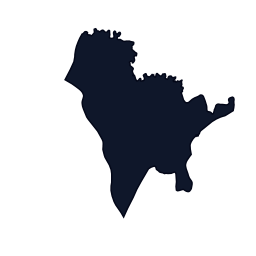 the district of Xebangfay, Khammouan, Laos, rotated 208°
{"feature_id": "54806243B47827681100424", "entity_name": "Xebangfay", "entity_type": "district", "adm_level": 2, "iso_a3": "LAO", "parent_name": "Laos", "parent_adm1": "Khammouan", "projection": "equal_earth", "projection_center": [105.132, 17.21], "detail": "fine", "context": "isolated", "style": "filled", "palette": "ink", "viewbox_px": 256, "rotation_deg": 208, "n_neighbors": 0, "source": "geoboundaries", "source_scale": "gbopen_adm2", "svg_char_len": 5919}
<svg xmlns="http://www.w3.org/2000/svg" viewBox="0 0 256 256"><g transform="rotate(208 128 128)"><path d="M212.6,189.4L212.7,184.8L212.4,180.7L211.8,176.0L210.9,172.3L209.5,168.3L208.4,166.0L206.8,161.1L206.3,152.6L206.2,141.1L198.2,140.8L193.5,140.2L189.2,139.5L187.1,139.0L184.8,138.0L183.5,137.0L182.3,135.8L181.8,134.5L180.9,130.2L180.3,128.7L179.2,127.1L178.2,125.8L176.1,123.8L169.6,118.4L167.2,117.1L153.3,111.0L145.3,105.8L143.6,104.3L142.4,102.4L141.7,100.9L141.1,99.7L140.5,98.3L139.9,97.1L136.1,92.9L134.4,91.3L127.0,86.6L123.3,83.3L120.9,80.0L118.9,76.3L116.8,72.3L115.7,69.0L113.6,64.9L110.1,60.6L107.4,58.1L105.7,56.5L102.5,54.3L94.2,50.0L90.1,47.4L90.7,57.0L90.9,69.1L91.5,78.0L91.4,86.5L90.8,101.6L89.3,104.2L86.9,106.8L85.2,106.7L83.4,104.8L81.0,104.5L79.5,104.0L77.8,104.3L76.3,104.8L74.4,104.9L73.2,105.9L71.4,106.6L68.6,108.3L66.2,111.1L64.9,110.7L64.3,110.3L63.7,109.4L59.9,103.3L58.1,98.9L56.1,95.9L55.0,95.8L53.9,96.5L51.1,99.2L50.3,99.8L49.6,99.8L47.9,99.6L46.9,99.6L45.8,99.8L44.8,100.2L44.2,100.8L43.9,101.7L43.7,103.1L43.7,104.2L44.6,107.1L45.1,108.5L45.8,109.8L46.8,110.7L50.4,112.6L52.3,114.2L53.6,115.6L57.6,119.3L59.5,121.6L60.2,123.1L60.7,125.4L60.7,127.3L60.2,132.0L59.8,134.3L63.1,138.5L64.7,141.1L65.2,142.0L65.5,142.9L65.7,144.3L65.8,145.8L65.6,148.6L65.3,150.1L64.7,152.1L64.4,152.4L64.0,152.5L63.8,152.9L64.0,153.1L64.2,153.5L63.8,153.4L63.6,153.5L63.6,154.3L63.3,154.3L63.1,153.7L62.7,153.6L62.4,153.9L62.4,154.3L62.6,154.5L62.7,154.8L62.8,155.4L62.4,156.1L62.4,156.6L62.7,158.1L62.7,158.9L62.5,159.9L56.9,173.1L54.3,177.5L51.6,181.0L49.7,183.0L48.3,184.3L47.8,185.0L43.3,192.7L43.6,193.5L44.1,195.3L45.3,198.3L45.9,199.1L47.0,200.9L47.6,202.5L47.9,203.1L48.5,203.8L49.0,204.2L49.5,204.3L50.2,204.3L50.8,203.8L52.0,202.5L52.5,201.6L52.6,200.8L52.3,200.0L52.0,199.6L51.1,198.8L50.7,198.3L50.5,197.9L50.4,197.2L50.5,196.2L51.4,195.0L51.9,194.6L52.3,194.4L55.9,193.0L57.8,192.0L59.0,191.7L60.0,191.1L60.3,190.7L60.6,190.3L60.9,189.1L60.6,187.8L60.3,185.7L60.3,184.7L60.2,184.3L60.0,184.1L59.8,182.8L59.6,182.1L59.5,180.8L59.6,180.3L59.9,180.0L60.2,180.0L61.3,180.3L62.0,180.6L63.0,180.6L65.5,179.9L66.0,180.1L66.3,180.3L67.2,181.4L68.3,183.4L69.1,184.5L73.0,188.4L75.9,190.9L76.4,191.3L77.0,191.5L77.8,191.7L78.4,191.6L79.5,191.1L79.9,190.5L80.7,188.9L83.2,185.9L84.7,183.5L86.3,179.3L86.7,178.8L87.0,178.4L87.8,177.9L88.6,177.6L88.9,177.5L89.9,177.7L90.8,178.1L92.2,178.8L92.6,179.2L97.0,183.6L97.8,184.1L97.1,185.7L97.4,186.3L97.9,187.0L97.9,188.8L98.0,189.1L98.1,189.3L98.8,189.7L100.4,189.4L100.8,189.6L100.8,189.9L100.8,191.2L100.9,191.6L101.3,192.2L102.4,193.7L102.6,194.3L102.7,195.4L102.8,195.5L103.2,195.3L103.4,194.9L103.9,193.7L104.1,193.5L105.1,193.0L106.4,192.7L106.5,191.8L106.8,191.3L106.9,191.1L107.1,191.0L107.3,191.1L108.0,191.5L108.3,191.6L108.5,191.5L109.1,190.4L109.5,190.4L110.1,190.7L110.3,191.0L109.5,193.6L109.4,194.1L109.7,195.0L109.9,195.3L110.2,195.2L111.1,194.2L112.0,193.5L112.3,193.4L112.9,193.4L113.1,193.5L113.9,194.0L114.4,194.0L114.9,193.8L115.8,193.1L116.1,192.7L116.2,192.3L116.2,191.6L115.9,190.2L116.0,189.6L116.3,189.3L116.8,189.3L117.4,189.4L118.2,189.3L118.5,189.4L118.8,189.8L119.0,191.4L120.4,193.1L120.6,193.2L120.9,193.2L121.0,193.1L121.7,192.4L122.4,192.2L122.6,191.8L122.7,190.0L123.0,189.6L123.5,189.2L124.2,189.0L125.2,189.2L126.5,189.4L127.5,189.8L128.0,189.7L128.3,189.1L128.2,188.4L127.6,186.3L127.7,185.8L128.1,185.6L128.5,185.5L129.0,185.7L129.8,186.3L130.3,186.9L130.7,185.9L130.9,185.8L131.1,185.9L131.4,186.5L131.7,186.6L131.8,186.6L132.4,184.3L132.7,183.7L133.1,183.2L133.4,183.0L134.1,182.8L135.4,182.7L135.8,182.8L136.3,183.1L137.3,184.2L137.5,184.2L137.9,184.2L138.2,183.9L138.8,182.9L139.0,182.3L139.1,181.8L138.9,181.5L137.3,180.2L136.6,179.3L136.5,179.0L136.3,178.5L136.4,177.8L136.5,177.2L138.3,175.6L138.6,175.5L138.8,175.5L139.0,175.6L139.4,176.8L139.8,177.3L140.2,177.5L140.6,177.3L140.9,176.8L141.0,175.7L141.7,173.9L142.1,173.7L142.7,173.8L144.1,174.6L146.5,177.0L146.9,177.3L147.3,177.4L147.9,176.6L148.2,176.6L148.2,176.8L148.3,177.7L148.3,177.9L149.3,178.5L150.9,180.2L151.1,180.7L151.1,182.3L151.3,182.9L152.1,183.4L154.8,183.9L155.4,184.1L155.7,184.3L156.1,185.2L156.4,185.7L157.6,186.7L157.6,187.0L157.2,187.6L156.7,188.5L156.2,189.0L155.7,188.7L154.7,187.6L154.3,187.8L154.0,189.0L153.9,189.8L154.0,190.8L154.4,191.5L155.7,193.0L156.1,193.8L156.1,194.0L156.1,194.5L156.0,195.0L155.6,195.3L154.8,195.5L154.6,195.7L154.6,195.9L155.2,197.7L155.6,198.1L157.6,198.2L158.6,198.6L159.4,198.6L160.4,199.0L161.8,199.2L161.9,199.5L161.9,200.1L162.0,200.5L162.8,201.6L163.0,202.1L163.0,202.8L162.5,203.9L162.4,204.6L162.6,205.3L163.1,206.2L163.3,206.3L163.6,206.3L166.1,205.6L167.7,205.3L170.6,203.7L170.9,203.3L171.3,203.0L173.1,202.3L176.3,202.5L176.8,202.3L177.9,201.6L179.1,201.4L179.4,201.6L179.8,202.2L180.0,203.2L180.1,203.9L179.7,204.3L179.2,204.6L179.0,204.9L178.9,205.3L178.8,207.4L179.0,207.8L179.2,208.1L179.7,208.5L180.0,208.6L180.3,208.5L180.8,208.1L181.2,206.6L181.6,206.0L182.1,205.7L182.5,205.7L183.4,206.1L184.3,207.2L184.6,207.3L185.3,207.2L185.5,206.8L185.6,206.3L185.6,205.9L185.4,205.2L184.9,204.4L183.6,202.8L183.1,201.7L182.9,201.2L183.0,200.8L183.5,200.2L184.4,199.5L184.8,199.2L186.1,199.0L186.5,198.9L186.8,199.0L187.2,199.7L187.9,201.9L188.8,203.2L189.9,205.1L190.3,205.3L190.6,205.2L191.1,204.9L191.2,204.6L191.3,204.0L191.3,203.3L191.6,202.8L192.8,202.0L193.4,201.9L195.1,202.5L195.7,202.6L196.4,202.4L197.0,201.8L198.1,199.8L198.4,199.5L199.8,199.7L200.5,199.3L200.9,199.3L201.4,199.5L202.5,200.3L203.1,200.4L203.3,200.4L204.0,199.6L204.2,199.3L203.8,198.5L203.0,197.5L202.5,196.4L202.4,196.2L203.2,192.9L203.6,192.2L203.9,192.1L204.9,192.3L205.4,192.2L206.8,191.6L207.8,191.5L208.1,191.8L208.2,192.3L208.4,193.1L208.7,193.3L209.3,193.5L210.0,193.5L210.8,193.1L211.3,192.6L211.5,191.8L211.9,190.3L212.2,189.8L212.6,189.4Z" fill="#0f172a" stroke="#020617" stroke-width="1.5"/></g></svg>